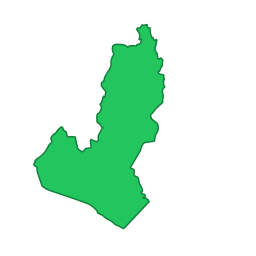 the border of Farah, rotated 304°
{"feature_id": "AFG-1749", "entity_name": "Farah", "entity_type": "Province", "adm_level": 1, "iso_a3": "AFG", "parent_name": "Afghanistan", "parent_adm1": "", "projection": "albers", "projection_center": [62.843, 32.453], "detail": "fine", "context": "isolated", "style": "filled", "palette": "green", "viewbox_px": 256, "rotation_deg": 304, "n_neighbors": 0, "source": "natural_earth", "source_scale": "10m", "svg_char_len": 5637}
<svg xmlns="http://www.w3.org/2000/svg" viewBox="0 0 256 256"><g transform="rotate(304 128 128)"><path d="M78.8,186.7L43.6,181.0L42.0,180.3L41.6,175.1L40.9,172.5L40.8,171.2L41.5,167.1L41.0,162.0L40.9,159.3L41.3,155.9L41.3,154.8L40.9,153.6L40.8,153.0L41.2,151.8L40.9,151.5L40.6,151.3L40.4,151.0L40.8,150.1L42.0,148.6L42.3,147.6L43.0,143.3L43.2,138.8L39.9,125.2L32.3,97.5L31.7,94.0L31.8,89.6L32.1,88.9L41.0,77.2L42.4,76.0L43.9,75.1L44.4,74.5L44.7,73.4L44.6,72.5L44.4,71.6L44.6,70.8L45.4,70.2L47.6,70.1L48.3,69.9L48.6,69.3L51.2,69.6L53.8,70.8L59.8,72.3L63.0,72.6L69.6,72.0L70.4,72.0L71.0,72.1L71.9,72.6L72.4,72.6L73.0,72.6L74.3,72.2L74.8,71.8L75.2,71.5L75.8,70.4L76.1,70.0L76.6,69.7L77.6,69.5L79.7,69.7L81.9,70.1L82.5,70.9L83.3,70.9L84.7,70.8L88.2,71.1L91.2,71.9L91.7,72.2L91.7,72.6L91.7,73.2L91.7,73.7L91.5,74.1L91.3,74.3L90.6,75.0L90.4,75.2L90.3,75.6L90.3,76.1L90.2,78.4L90.0,79.2L89.8,79.6L88.9,80.4L88.3,80.9L88.0,81.2L87.7,81.7L87.0,82.4L86.9,82.6L86.9,83.1L87.1,83.5L88.9,85.5L90.9,88.9L90.9,89.5L90.4,90.1L89.1,91.0L88.7,91.4L87.9,92.5L86.3,94.1L85.7,94.5L85.5,94.8L85.1,95.7L84.9,96.0L84.6,96.2L83.6,96.8L83.3,97.0L83.1,97.4L82.8,98.2L82.5,100.0L82.5,101.9L82.6,102.8L82.8,103.5L83.2,103.8L83.7,104.0L84.2,104.1L86.9,104.3L87.4,104.4L87.7,104.6L88.0,105.0L88.5,105.9L90.2,107.6L90.8,108.1L91.3,108.2L91.6,108.1L92.2,107.7L94.0,105.8L96.3,104.1L97.1,103.8L97.8,103.8L98.0,104.1L98.1,105.5L98.2,106.2L98.5,107.0L98.5,107.9L98.6,108.3L99.0,108.9L99.1,109.4L99.4,109.9L100.0,110.1L100.7,110.2L101.3,110.1L102.4,109.6L103.8,108.3L104.2,108.1L104.9,107.8L106.3,107.5L110.1,107.1L111.8,106.8L112.9,106.8L113.8,107.0L114.1,106.9L114.3,106.8L114.1,105.8L114.2,105.4L115.4,102.7L115.5,102.3L115.5,101.7L115.4,101.1L115.4,100.6L115.4,100.1L115.7,99.2L116.0,98.7L116.3,98.4L117.1,98.0L118.3,97.0L119.6,96.1L121.5,95.1L122.1,94.9L122.8,94.9L123.2,95.0L124.4,95.7L125.1,95.8L125.4,95.8L127.8,95.3L129.7,94.7L130.4,94.3L130.9,93.9L131.2,93.5L131.3,93.0L131.4,92.5L131.8,92.0L132.0,91.7L132.3,91.6L134.1,91.8L134.7,91.7L135.4,91.5L139.2,90.2L140.4,90.0L140.5,90.0L140.4,90.8L140.4,91.1L140.5,91.2L140.8,91.4L144.9,89.8L146.1,88.6L146.2,88.4L146.3,88.0L146.3,87.8L146.4,87.1L146.7,86.1L147.5,83.9L148.0,82.8L148.4,82.1L148.8,81.8L149.8,81.3L150.6,80.7L152.1,81.3L153.7,81.4L154.3,81.3L157.8,80.2L167.1,79.7L169.5,79.3L171.4,78.5L173.1,77.0L174.1,76.5L175.5,75.9L177.4,75.4L180.5,75.1L181.3,74.8L181.8,74.3L182.6,73.1L183.5,72.0L184.1,71.4L185.0,70.7L187.0,69.7L188.2,69.6L189.8,70.5L190.6,71.2L193.3,75.4L194.7,78.7L194.9,79.2L194.9,80.1L195.0,81.0L195.0,81.9L195.0,82.4L195.2,82.6L195.3,82.8L195.9,83.1L196.3,83.2L196.8,83.2L197.1,83.4L197.3,83.7L197.6,84.5L197.8,84.7L198.5,85.2L198.8,85.6L200.2,88.3L200.6,88.9L200.9,89.1L201.7,88.8L202.0,88.8L202.3,89.0L203.4,90.0L205.4,91.0L205.6,91.1L206.2,90.6L206.6,90.4L207.0,90.3L208.2,90.2L208.7,90.0L208.8,89.9L208.9,89.6L208.9,89.4L208.7,89.2L207.7,88.2L207.6,87.9L207.9,87.5L208.2,87.4L209.4,87.1L210.2,86.7L211.1,86.1L211.7,85.7L212.1,85.2L212.6,84.7L213.2,83.4L214.3,80.7L214.8,80.1L215.5,79.9L216.1,80.0L216.3,80.1L216.5,80.3L216.7,80.8L217.2,81.5L217.8,81.9L218.2,82.1L218.5,82.1L219.1,82.0L220.7,82.0L221.2,82.1L221.5,82.3L221.7,82.7L221.8,83.3L222.2,84.0L223.6,85.0L224.3,85.9L224.3,86.0L224.2,86.3L222.7,87.6L222.5,88.0L222.4,88.4L222.4,89.2L222.5,89.8L223.3,90.2L219.2,93.5L218.7,94.0L218.3,94.5L217.9,95.0L217.1,96.0L216.6,96.5L216.4,97.1L216.4,97.4L216.5,97.5L216.9,97.9L216.8,98.2L216.6,98.6L216.1,99.3L215.5,100.7L215.4,101.1L215.6,101.2L216.7,101.7L217.1,102.0L217.2,102.4L217.0,102.7L216.7,102.9L210.7,105.4L209.6,105.6L209.2,105.8L208.8,106.1L208.3,106.5L207.8,107.4L207.0,108.2L206.3,109.3L206.2,109.6L206.1,109.8L206.2,110.3L206.0,110.6L205.5,111.1L203.7,112.5L202.9,113.3L202.5,114.2L202.3,114.8L202.4,115.0L202.5,115.2L203.3,115.5L204.4,116.1L204.5,116.3L204.5,116.6L204.2,117.2L204.1,117.5L204.2,118.2L203.8,118.7L203.0,119.3L200.9,120.3L199.3,121.3L198.9,121.5L196.5,121.6L193.2,122.3L192.7,122.4L192.4,122.3L192.2,121.9L192.1,121.5L192.0,121.4L191.8,121.4L191.3,121.6L190.7,122.2L190.5,122.6L190.5,123.7L190.6,124.9L190.6,125.2L190.7,125.4L191.2,125.9L191.4,126.3L191.8,127.4L191.8,127.9L191.7,128.3L191.4,128.6L190.7,128.9L190.0,129.3L189.4,129.9L188.8,130.8L188.5,131.1L188.3,131.2L187.9,131.0L187.5,130.6L187.3,130.7L186.9,130.9L183.6,133.6L183.4,133.9L183.2,134.2L183.1,134.9L183.0,135.2L182.7,135.4L182.1,135.5L180.6,135.1L180.1,135.1L178.1,135.6L177.6,135.9L175.1,138.6L174.5,139.0L173.7,139.6L170.1,141.3L169.0,142.3L167.9,142.3L159.1,140.2L154.4,140.0L152.2,139.4L151.6,139.5L151.2,139.6L150.8,139.9L149.8,141.0L149.4,141.6L149.0,142.3L148.6,143.6L148.5,144.2L148.4,148.3L148.3,148.9L148.1,149.6L147.8,150.1L147.4,150.8L146.7,151.6L145.8,152.4L144.1,153.6L143.4,153.9L140.9,154.6L138.3,154.6L137.8,154.7L133.6,156.4L132.3,157.2L131.6,156.9L131.2,156.6L125.6,150.3L124.9,149.9L124.3,149.7L122.8,149.4L121.8,149.4L121.2,149.4L116.0,150.9L96.6,152.1L96.3,152.5L96.3,152.9L96.3,153.3L96.5,153.6L96.6,154.4L96.9,155.7L96.8,156.2L96.6,156.6L96.0,157.2L93.1,158.7L92.6,159.1L92.3,159.6L92.1,160.2L92.0,160.6L92.1,160.9L92.4,162.1L92.6,163.0L92.6,163.3L92.5,163.9L92.1,164.5L91.5,165.3L90.1,166.8L89.3,167.5L88.2,168.8L86.0,172.8L84.5,174.8L83.5,175.3L82.2,175.1L81.7,175.2L81.5,175.5L81.4,175.9L81.4,176.6L81.6,177.4L81.9,178.0L82.1,178.7L82.1,179.3L81.8,179.7L81.1,180.4L80.7,180.6L80.3,180.6L80.2,180.5L79.9,180.1L79.7,180.2L79.5,180.5L79.4,180.4L79.2,179.8L78.8,179.6L78.8,179.8L78.9,180.3L79.2,181.3L79.5,181.8L79.9,182.2L80.0,182.3L80.0,182.5L79.7,183.2L79.6,183.5L79.8,184.2L79.8,184.6L79.4,185.1L78.8,186.7Z" fill="#22c55e" stroke="#15803d" stroke-width="1.5"/></g></svg>